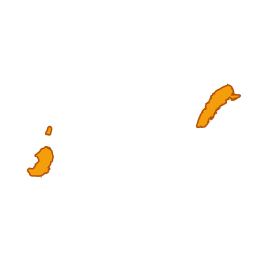 outline of Ulawa-Ugi, Makira, Solomon Islands, rotated 45°
{"feature_id": "97153195B5813678005448", "entity_name": "Ulawa-Ugi", "entity_type": "district", "adm_level": 2, "iso_a3": "SLB", "parent_name": "Solomon Islands", "parent_adm1": "Makira", "projection": "albers", "projection_center": [161.907, -10.009], "detail": "fine", "context": "isolated", "style": "filled", "palette": "amber", "viewbox_px": 256, "rotation_deg": 45, "n_neighbors": 0, "source": "geoboundaries", "source_scale": "gbopen_adm2", "svg_char_len": 5382}
<svg xmlns="http://www.w3.org/2000/svg" viewBox="0 0 256 256"><g transform="rotate(45 128 128)"><path d="M184.9,27.0L184.6,25.8L184.1,25.6L183.5,25.7L182.2,27.0L181.5,27.5L181.4,27.8L181.1,27.9L181.1,28.1L180.6,28.5L179.9,28.6L179.6,28.8L179.5,29.2L179.2,29.4L179.2,29.9L178.8,29.8L178.7,30.4L178.6,30.5L178.4,30.3L178.3,30.9L178.1,31.1L178.0,30.7L177.7,30.6L177.6,30.3L177.8,30.1L177.8,29.9L178.1,29.7L178.3,29.3L178.4,28.7L177.8,28.4L177.4,28.4L177.3,28.6L177.2,28.4L176.9,28.3L176.7,28.1L176.8,27.7L176.6,27.6L176.5,27.3L175.2,26.8L174.8,26.5L174.6,26.5L174.0,26.2L173.9,26.3L173.9,26.2L173.5,26.2L172.0,25.6L170.3,26.0L170.1,25.9L169.9,26.1L169.2,26.3L168.5,26.9L168.3,26.9L168.4,27.0L168.0,27.4L167.9,27.8L167.6,28.8L167.2,29.4L167.2,29.9L167.0,30.4L166.6,30.6L166.6,31.2L166.0,32.4L166.0,33.1L165.6,34.0L165.6,34.4L165.5,34.9L165.6,35.2L165.4,35.3L165.4,35.7L165.1,36.2L165.0,36.3L165.0,36.8L164.7,37.2L164.8,37.4L164.6,37.5L164.2,38.9L164.3,39.7L164.1,39.9L164.3,41.2L164.5,41.7L164.3,42.1L164.7,42.7L164.4,42.7L163.9,43.4L163.9,44.3L164.4,44.7L164.7,45.1L164.4,45.6L164.4,45.8L164.1,46.5L164.8,47.1L164.8,47.5L164.6,47.7L164.7,48.0L165.9,48.4L165.7,48.8L165.7,49.2L165.6,49.5L165.8,50.4L166.6,51.6L166.6,52.7L167.0,52.9L166.7,53.2L166.7,53.6L166.9,53.8L166.9,54.0L166.5,54.1L166.4,54.1L166.5,54.6L166.3,54.8L166.3,55.3L166.1,55.7L166.4,55.9L166.5,56.4L167.5,57.3L167.7,58.1L168.3,58.2L168.8,58.6L169.2,58.7L168.8,59.7L169.3,60.0L168.8,60.2L168.6,60.3L168.5,61.4L168.7,62.2L168.6,63.0L168.9,63.9L169.6,64.1L169.3,64.8L169.9,66.7L170.0,67.9L170.1,68.1L170.5,68.2L170.7,68.5L170.9,69.2L170.8,69.8L171.4,70.5L171.6,71.5L172.1,72.3L172.1,72.6L172.9,73.8L173.5,75.1L174.2,76.2L174.2,76.4L175.2,78.1L175.9,78.6L176.6,78.4L177.5,77.6L178.2,76.4L178.2,76.1L178.0,75.7L178.3,75.5L178.4,75.8L178.5,75.8L179.2,75.7L179.3,75.5L179.9,75.1L180.9,73.4L181.4,73.1L181.6,71.4L181.3,70.8L181.5,70.3L181.2,69.3L181.4,68.9L181.2,68.4L180.6,67.1L180.5,67.3L180.8,67.7L180.2,67.4L180.0,67.0L180.0,66.4L180.3,66.2L179.9,66.1L179.6,65.9L179.5,65.6L179.3,65.3L178.9,64.2L179.0,63.6L179.3,63.3L179.3,63.0L179.2,62.9L179.1,63.0L179.0,62.6L179.4,62.7L179.1,62.3L179.1,62.0L179.4,61.9L179.2,61.8L179.2,61.5L179.6,61.7L179.9,61.5L179.9,61.3L180.1,61.2L180.3,60.7L180.8,60.5L181.0,60.2L180.9,59.8L180.2,59.3L179.7,58.6L179.5,58.2L179.6,57.8L179.2,57.9L179.6,57.6L179.4,57.3L179.2,56.5L178.8,56.4L178.7,56.1L179.5,55.8L179.9,55.0L179.3,54.6L178.9,54.6L178.2,54.3L177.9,53.5L178.4,53.1L178.5,52.9L178.2,52.5L177.6,52.2L178.2,51.8L178.3,51.0L178.8,50.7L178.7,50.4L178.1,50.5L177.9,50.6L177.7,50.4L177.8,50.3L177.6,49.9L177.9,49.7L178.1,49.8L178.3,49.5L178.4,49.0L178.6,48.8L178.1,48.5L178.1,48.1L177.8,47.9L177.8,47.7L177.5,47.5L177.5,47.3L178.1,46.3L178.1,45.8L177.9,45.6L178.2,45.2L178.1,44.9L178.6,44.9L178.7,44.7L178.4,44.1L179.0,43.4L179.4,41.9L179.3,41.7L179.5,41.5L179.3,41.3L179.4,41.2L179.4,40.9L179.6,40.6L179.5,40.4L178.5,39.7L177.7,39.4L177.6,39.2L177.5,38.7L177.9,38.5L178.0,38.1L178.2,37.9L178.2,37.5L178.4,37.2L178.2,36.3L178.0,35.9L178.6,36.5L178.9,36.4L178.3,35.6L178.0,35.7L177.9,35.3L178.1,34.6L178.3,34.3L179.2,34.1L179.6,34.3L180.0,34.3L181.0,34.7L181.1,34.9L181.3,34.8L181.7,34.9L181.8,34.7L181.6,34.5L181.6,34.1L181.8,34.1L181.7,34.0L181.9,34.0L181.9,33.9L182.3,34.1L182.7,33.8L182.9,33.4L183.1,33.3L183.7,31.6L183.0,31.6L182.7,31.7L182.4,32.2L182.1,32.0L182.7,31.2L183.0,31.2L183.5,30.9L183.4,30.5L183.1,30.6L183.5,30.4L183.5,30.5L183.9,30.2L184.1,29.2L184.0,28.9L184.1,28.5L184.7,27.9L184.9,27.0ZM102.7,215.8L102.4,215.4L102.3,214.9L102.1,214.6L101.6,214.1L101.4,213.8L101.6,213.0L101.8,212.8L101.6,212.3L101.1,212.0L100.8,212.3L100.4,212.3L100.0,212.6L99.6,212.5L99.5,211.9L99.7,211.1L99.2,210.3L99.0,208.7L98.3,207.5L97.8,207.2L97.5,206.7L98.0,205.7L97.9,205.0L97.4,204.1L96.2,202.8L95.7,201.5L95.5,201.3L94.7,200.9L92.6,199.6L91.7,198.9L91.0,198.5L90.5,198.1L89.4,197.9L88.3,198.2L87.7,197.9L87.7,197.5L87.4,197.4L86.6,197.5L86.9,198.0L86.3,198.8L85.4,198.9L85.3,198.7L85.3,198.1L85.2,198.1L85.0,198.5L84.5,198.6L84.3,198.5L83.7,198.9L83.7,199.2L83.0,199.6L83.1,199.8L82.8,200.5L83.0,201.3L82.8,201.9L81.6,203.8L81.8,205.7L82.2,206.6L82.2,207.2L82.1,208.7L81.9,209.7L82.0,210.7L81.5,212.0L81.5,212.8L82.3,213.5L83.9,212.6L84.6,212.5L86.2,213.2L86.8,213.3L87.8,213.9L88.4,214.8L88.5,215.3L88.4,216.2L88.6,216.8L88.4,217.3L88.4,218.3L88.1,219.2L88.9,219.7L89.2,220.3L89.2,221.4L89.4,221.6L89.4,222.3L89.8,223.4L89.8,223.6L89.3,224.2L88.5,225.0L87.8,225.6L86.7,226.2L86.6,226.4L86.6,228.4L86.9,229.0L88.6,229.6L90.1,229.5L90.5,229.6L91.1,230.2L91.8,230.2L92.1,230.4L92.9,230.3L94.1,229.7L96.9,226.8L97.2,226.7L97.3,226.8L97.5,226.7L97.7,226.2L99.3,224.8L99.3,224.5L100.2,223.4L100.5,223.5L100.3,223.1L101.1,220.7L100.9,220.1L101.3,219.4L101.2,218.6L101.4,218.5L101.4,218.4L101.6,218.0L102.3,217.7L102.1,217.4L102.2,216.9L102.6,216.7L102.7,215.8ZM77.6,188.0L77.5,187.0L76.5,185.5L76.1,185.2L75.7,184.0L75.0,183.1L74.1,182.2L73.3,181.9L72.2,181.8L71.6,182.2L71.1,183.1L71.2,184.6L71.9,185.5L72.5,186.6L72.7,187.8L73.4,189.7L74.2,190.5L74.4,190.5L75.3,190.0L75.6,189.3L75.9,189.1L76.3,189.3L76.7,189.1L77.6,188.0ZM180.9,62.6L180.9,61.8L180.5,61.4L180.1,62.0L179.5,62.3L179.4,62.6L179.5,62.9L180.1,62.7L179.9,62.6L180.0,62.5L180.3,62.5L180.4,62.8L180.5,62.7L180.6,62.4L180.7,62.7L180.4,63.0L180.6,63.2L180.8,62.6L180.9,62.6Z" fill="#f59e0b" stroke="#b45309" stroke-width="1.5"/></g></svg>